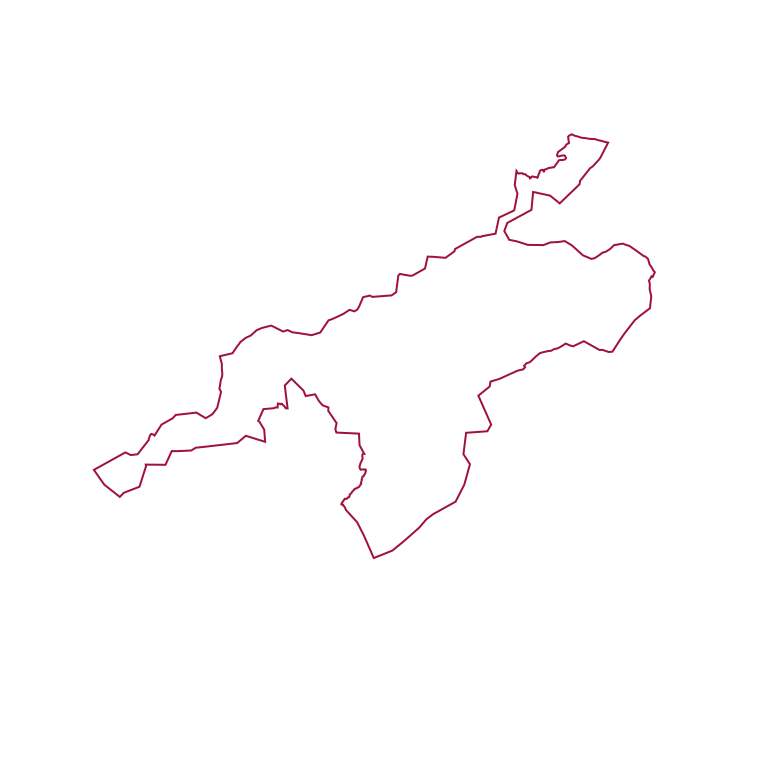 Karasuwa, Yobe, Nigeria, rotated 157°
{"feature_id": "59680162B67680561366569", "entity_name": "Karasuwa", "entity_type": "district", "adm_level": 2, "iso_a3": "NGA", "parent_name": "Nigeria", "parent_adm1": "Yobe", "projection": "albers", "projection_center": [10.749, 12.987], "detail": "fine", "context": "isolated", "style": "outline", "palette": "rose", "viewbox_px": 768, "rotation_deg": 157, "n_neighbors": 0, "source": "geoboundaries", "source_scale": "gbopen_adm2", "svg_char_len": 6098}
<svg xmlns="http://www.w3.org/2000/svg" viewBox="0 0 768 768"><g transform="rotate(157 384 384)"><path d="M83.4,518.6L87.0,521.3L88.4,522.5L92.1,525.2L94.3,527.1L99.1,529.4L102.3,531.5L105.8,533.4L109.4,536.5L111.2,537.8L113.8,540.6L115.4,540.3L116.7,540.3L118.0,539.6L118.1,538.5L118.7,537.3L119.1,535.2L119.6,533.5L120.7,533.4L122.7,533.2L124.3,531.7L126.0,531.2L127.9,530.8L130.1,530.2L132.8,529.7L134.3,528.3L135.3,527.1L135.3,525.9L134.5,525.3L132.4,525.0L129.9,524.5L128.8,524.1L128.2,523.3L128.2,522.3L128.1,521.4L128.2,520.9L128.7,520.5L129.2,520.1L129.9,520.0L131.8,520.3L132.7,520.6L133.7,521.1L134.7,521.4L135.4,521.5L136.0,521.5L136.9,520.7L138.0,520.0L139.0,519.4L140.0,518.9L140.9,518.3L141.7,517.8L142.4,517.3L143.0,517.1L143.4,517.2L143.8,517.4L144.2,517.7L145.2,517.7L146.0,518.0L147.0,518.2L147.8,518.4L148.6,518.5L149.4,518.5L150.2,518.3L150.8,518.3L151.6,518.5L152.3,518.7L152.9,518.5L153.1,517.9L153.4,517.5L153.6,517.1L154.0,517.2L154.1,517.6L154.0,518.3L154.0,518.8L154.3,519.2L154.8,519.3L155.4,519.5L156.4,519.5L157.3,519.2L157.8,518.5L158.1,518.0L158.4,517.5L159.0,517.2L159.4,516.8L159.9,516.3L160.4,515.8L160.8,515.3L161.2,514.8L161.6,514.3L162.0,514.0L162.3,513.9L162.9,514.8L163.4,515.2L164.0,515.3L164.6,515.8L165.3,516.4L166.1,516.9L166.7,517.2L167.3,516.9L167.8,516.6L168.4,516.4L168.8,516.3L169.3,516.3L169.2,516.7L168.9,517.1L168.9,517.4L169.5,517.9L170.2,518.8L170.9,519.8L171.5,520.5L171.8,521.2L171.9,521.8L172.3,522.2L172.8,522.2L173.5,522.6L174.0,523.1L174.2,523.9L174.8,524.2L175.7,524.4L176.4,524.8L177.1,524.9L178.1,525.2L178.3,525.9L178.5,526.7L179.0,527.4L178.8,527.7L178.7,528.0L178.8,528.4L185.9,516.1L186.8,507.0L196.3,492.9L213.1,492.3L222.6,478.8L236.2,481.8L236.9,481.5L240.8,483.1L265.9,480.5L267.3,478.6L278.1,476.1L288.7,481.7L294.0,484.2L296.4,480.9L301.1,474.3L315.1,472.7L317.5,473.3L326.4,479.1L328.4,478.3L337.0,463.7L342.4,462.6L343.0,462.8L360.6,468.7L362.7,471.1L364.5,471.2L368.9,472.1L369.4,472.0L376.6,465.1L379.3,463.0L382.8,462.4L386.6,465.6L387.1,465.7L394.0,464.4L402.0,464.1L406.6,464.0L410.2,464.3L422.5,456.3L431.5,457.2L443.0,464.4L448.0,467.3L451.7,471.3L456.4,471.7L464.9,481.8L474.5,483.3L480.2,483.3L487.6,480.7L493.2,480.5L500.0,478.7L501.0,477.9L505.7,475.3L511.4,471.5L518.8,472.8L524.3,473.7L525.4,465.9L527.2,461.7L529.0,456.1L530.5,453.6L532.4,451.8L532.5,451.6L537.4,443.8L537.0,440.5L546.8,427.3L553.4,423.4L556.0,422.9L561.5,422.2L562.0,422.9L567.9,431.0L578.8,434.2L587.8,436.9L591.6,435.2L591.9,435.0L604.6,433.6L615.4,426.2L616.0,427.5L617.8,429.0L619.8,427.8L621.1,426.3L622.3,424.8L622.6,424.3L638.3,415.6L644.7,417.5L645.0,417.7L648.8,422.1L684.6,418.3L680.9,401.1L680.8,400.6L671.3,383.3L666.3,385.4L665.9,385.5L664.8,385.5L649.2,385.0L635.1,401.4L634.8,402.9L616.7,395.0L605.6,405.2L600.9,403.1L587.4,398.1L582.1,398.9L576.1,397.0L573.7,396.3L542.2,387.0L534.1,389.5L531.4,390.3L516.0,377.2L512.1,388.8L513.4,397.8L514.2,399.2L504.8,408.0L494.7,404.7L493.1,404.9L491.2,403.9L490.1,406.1L489.3,407.5L488.0,406.7L487.7,406.4L487.5,406.0L487.3,405.8L486.6,406.0L486.0,405.9L485.8,405.8L485.7,405.6L485.6,405.0L485.3,404.2L484.5,402.6L484.0,400.6L484.0,400.1L482.3,399.2L475.9,421.4L467.2,425.1L460.7,409.4L460.8,403.5L451.4,401.4L450.6,393.9L448.9,388.4L444.3,384.1L445.8,381.0L442.9,366.5L446.4,361.5L446.8,357.9L426.4,348.1L430.4,337.4L429.5,327.5L430.0,327.8L430.8,327.8L431.2,327.6L431.5,327.2L431.9,326.7L432.2,326.0L432.4,325.1L432.6,324.2L433.0,323.6L433.2,323.2L433.6,322.8L434.1,322.6L434.8,321.9L435.4,321.2L435.9,320.9L436.7,320.2L437.3,319.4L437.7,318.8L438.4,318.1L438.8,317.6L439.0,316.9L439.2,316.1L439.2,315.4L439.1,314.7L438.9,314.2L438.3,314.0L437.8,313.9L437.2,313.8L436.8,313.6L436.3,313.2L435.9,313.1L435.6,313.0L435.1,313.0L434.7,312.8L434.4,312.5L434.3,312.2L434.3,311.7L434.7,311.1L435.1,310.7L435.4,310.1L435.8,309.6L436.3,309.1L436.8,308.7L437.1,308.3L438.1,307.9L438.4,307.4L438.7,307.2L439.1,307.0L439.5,307.0L439.9,307.2L440.3,306.8L440.7,306.2L441.1,305.7L441.6,305.3L441.8,305.0L441.8,304.5L442.1,304.2L442.4,303.7L442.8,303.2L443.1,302.9L443.5,302.4L443.7,302.0L443.8,301.6L443.8,301.3L444.0,301.0L444.8,300.8L445.0,300.5L445.4,300.2L445.9,299.9L446.3,299.5L446.8,299.3L447.1,299.1L447.7,298.9L448.2,298.9L448.7,299.1L449.2,299.0L450.0,298.6L450.6,298.7L451.1,298.9L451.6,299.0L452.2,298.8L452.6,298.5L453.1,298.1L454.0,297.9L454.8,297.6L455.3,297.3L455.8,296.9L456.4,296.5L456.8,296.2L457.5,296.1L458.3,295.8L458.9,295.5L459.1,295.0L459.4,294.4L459.8,293.9L460.2,293.6L460.9,293.6L461.5,293.7L462.1,293.5L462.3,293.1L462.9,293.0L463.8,293.0L464.4,293.3L464.8,293.7L465.3,293.6L465.8,293.2L466.3,292.7L467.1,292.4L467.7,291.9L468.3,291.6L468.8,291.3L469.9,290.4L470.2,290.1L470.3,289.8L470.0,289.4L469.5,289.1L469.0,289.1L468.8,288.6L468.9,288.1L468.6,287.2L468.3,286.0L468.1,285.2L468.2,284.5L468.4,283.3L462.7,267.1L461.7,251.5L461.4,227.8L441.3,227.4L426.4,231.8L407.5,238.1L397.9,242.9L389.6,245.0L364.1,247.7L349.4,260.0L336.2,276.6L338.3,288.3L327.5,307.0L307.3,300.1L301.2,304.8L301.4,317.3L301.7,336.4L287.7,340.4L285.0,344.6L275.9,343.6L255.8,344.1L250.3,343.1L247.5,344.3L247.9,346.1L244.8,347.4L243.3,347.3L242.0,347.1L240.8,347.2L233.7,349.9L228.4,351.5L225.8,351.2L220.6,350.3L217.2,349.3L213.6,349.7L211.1,349.0L207.2,349.2L200.9,350.2L197.7,346.8L195.1,344.8L183.3,345.3L172.3,331.1L169.5,330.0L164.8,325.8L163.9,325.4L161.1,324.5L149.5,332.4L142.3,336.9L128.3,344.7L121.7,346.8L116.1,348.2L109.6,349.8L103.7,360.3L102.5,367.2L100.1,372.6L99.7,375.6L95.6,378.6L94.9,377.6L91.0,381.1L91.8,383.5L91.9,385.8L92.8,390.2L92.1,396.2L93.7,399.3L95.1,400.5L99.5,407.9L104.2,415.3L106.8,417.4L109.4,419.9L112.1,420.6L115.2,421.2L117.8,422.0L120.3,421.0L122.9,420.0L125.6,419.5L128.0,419.1L131.8,419.5L134.6,418.7L137.7,418.1L140.9,417.5L144.2,418.1L150.6,424.7L156.8,438.0L161.7,444.9L168.1,446.6L175.5,449.3L183.1,449.6L197.3,455.9L206.1,463.5L212.4,467.8L213.5,477.8L207.6,484.1L180.2,486.7L171.7,502.5L157.5,492.5L151.7,481.6L126.0,491.4L124.1,494.4L109.8,502.2L107.0,502.7L98.5,506.5L96.5,507.7L83.4,518.6Z" fill="none" stroke="#9f1239" stroke-width="2"/></g></svg>